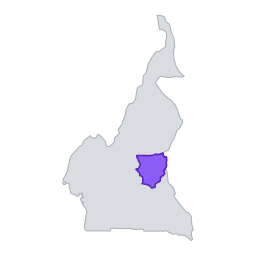 Lom-Et-Djerem, Est, Cameroon shown in context
{"feature_id": "32672807B76674513300734", "entity_name": "Lom-Et-Djerem", "entity_type": "district", "adm_level": 2, "iso_a3": "CMR", "parent_name": "Cameroon", "parent_adm1": "Est", "projection": "natural_earth1", "projection_center": [14.12, 5.232], "detail": "fine", "context": "in_parent", "style": "filled", "palette": "violet", "viewbox_px": 256, "rotation_deg": 0, "n_neighbors": 0, "source": "geoboundaries", "source_scale": "gbopen_adm2", "svg_char_len": 5505}
<svg xmlns="http://www.w3.org/2000/svg" viewBox="0 0 256 256"><path d="M63.2,179.9L63.7,178.3L67.4,171.1L69.7,159.6L70.7,156.9L71.8,155.1L77.2,149.0L79.2,147.0L82.1,144.8L84.1,140.3L84.8,139.8L85.7,139.4L90.3,135.6L90.7,136.3L91.0,137.2L91.4,137.7L92.9,138.0L94.9,137.9L96.1,137.7L96.7,136.9L97.4,134.8L97.7,134.4L98.2,134.3L100.4,135.8L104.1,139.9L105.0,140.7L105.4,141.5L106.2,145.3L106.7,146.2L107.5,146.6L108.9,146.4L110.4,145.7L111.7,144.7L113.0,143.5L113.9,142.3L114.3,141.5L114.5,138.4L114.8,137.7L119.6,133.2L119.5,132.8L118.7,131.5L118.0,130.1L118.7,128.7L119.4,127.6L122.2,123.9L122.4,121.1L124.6,116.9L125.9,111.3L125.9,110.2L128.8,104.0L131.9,103.4L133.1,102.6L134.4,101.0L135.3,99.6L135.7,98.2L136.0,95.6L136.5,92.6L136.9,90.0L137.8,87.6L139.3,86.4L142.0,85.3L142.4,84.9L142.8,83.3L143.1,77.9L143.6,75.5L146.0,72.9L147.1,68.7L148.1,64.3L150.9,59.0L154.2,53.7L155.7,52.3L156.9,51.6L158.4,51.6L159.4,51.2L162.9,48.5L164.4,47.6L165.5,46.7L165.7,45.9L165.9,44.8L165.5,42.1L166.1,40.1L166.5,37.0L166.6,34.5L166.5,33.7L165.8,32.3L164.8,30.8L163.0,29.9L160.6,29.6L159.3,29.1L158.9,26.3L158.7,24.6L157.1,15.4L160.1,15.4L163.8,16.5L164.7,17.3L165.2,20.5L166.5,22.3L168.9,23.7L170.3,26.8L170.9,31.4L172.2,34.1L172.5,34.6L174.3,39.8L174.4,42.1L174.3,43.8L175.0,45.8L173.9,49.2L173.6,51.3L173.5,54.2L174.1,59.4L175.2,63.4L176.4,66.7L177.7,69.2L179.8,72.0L182.0,74.5L184.1,76.1L182.2,77.0L178.4,77.1L176.3,76.6L175.2,76.6L174.2,76.9L170.2,77.4L166.1,77.2L162.4,76.5L160.1,76.6L158.4,78.2L156.9,80.5L155.6,82.3L156.1,84.4L157.1,85.5L159.0,88.0L160.7,90.4L161.6,92.0L165.1,95.5L168.4,98.7L170.0,99.8L170.6,100.0L172.4,101.8L175.0,104.8L177.3,109.4L180.5,118.7L181.2,119.5L182.4,120.0L182.5,120.9L182.4,122.4L182.1,123.6L179.5,128.4L177.2,130.3L176.5,131.4L175.7,134.3L173.6,139.8L172.7,140.5L170.7,144.3L169.0,149.0L168.6,149.7L167.9,150.3L165.5,151.5L164.7,152.1L163.5,153.6L163.3,154.5L163.9,155.8L164.6,156.9L165.8,156.9L166.5,157.9L166.5,165.2L165.9,166.3L165.9,166.8L165.7,168.1L165.6,169.5L165.8,170.0L166.2,170.5L166.9,171.5L167.3,173.7L168.1,181.6L168.4,182.9L169.1,183.7L171.2,185.4L173.4,187.7L174.1,189.1L174.5,191.5L175.4,193.4L175.3,194.0L175.0,194.3L173.6,194.4L174.1,195.8L175.2,198.2L180.8,205.5L186.3,212.0L187.5,212.5L188.5,212.6L188.9,213.0L189.4,213.9L191.2,216.3L191.5,217.7L191.1,219.0L191.5,221.0L191.8,221.8L191.7,222.4L191.9,224.9L192.4,227.1L193.2,228.9L193.1,230.2L192.1,230.9L191.5,232.1L191.3,233.8L191.6,235.9L192.4,238.3L192.4,239.7L191.1,240.6L189.7,239.0L188.1,237.9L185.7,235.9L183.3,235.2L180.2,235.1L178.8,235.3L176.5,233.8L175.8,233.5L174.7,234.2L174.0,234.2L173.1,234.0L171.4,234.0L171.2,232.9L170.9,232.7L169.0,232.8L168.4,231.8L168.1,231.9L167.4,231.6L165.9,230.3L164.2,231.2L160.9,231.1L143.9,231.1L143.5,229.8L142.7,229.2L141.1,229.1L136.7,229.4L133.2,229.2L130.9,228.7L128.0,228.4L124.5,228.6L120.8,228.6L114.3,228.3L110.7,228.3L110.8,229.1L110.6,229.6L110.4,230.9L87.4,230.9L85.5,230.0L85.0,229.5L84.8,228.4L84.3,228.2L84.7,223.6L85.5,219.7L85.8,216.2L86.9,212.9L86.3,209.8L85.6,208.4L82.2,203.9L83.8,202.2L81.7,202.4L81.2,200.8L80.2,198.8L80.8,198.4L81.4,197.3L83.3,197.7L83.3,197.1L81.6,195.4L81.8,194.6L82.5,193.6L82.1,193.2L81.0,194.2L80.1,194.2L79.4,193.6L79.0,193.5L79.3,194.7L78.6,195.9L78.0,196.3L76.9,196.2L76.0,195.9L75.8,195.3L75.0,194.8L72.7,194.0L70.7,193.0L70.3,190.2L69.6,189.0L69.3,187.7L69.1,186.2L69.3,183.8L68.9,183.5L68.3,183.3L67.5,183.4L66.7,183.3L65.8,182.0L65.0,181.5L65.4,183.9L64.9,184.6L63.5,184.4L62.9,183.5L62.8,182.8L63.4,179.9L63.2,179.9Z" fill="#d9dde1" stroke="#a8b0b8" stroke-width="1"/><path d="M136.9,155.5L136.8,156.3L136.8,157.1L137.1,157.8L137.4,158.0L138.1,159.4L138.4,160.8L139.0,161.2L139.2,162.2L139.9,163.4L140.2,164.0L140.2,164.7L139.4,166.9L138.8,167.8L138.4,168.7L137.6,168.9L136.8,168.8L136.0,169.3L136.1,169.6L136.9,170.3L138.0,171.5L138.7,172.2L139.5,173.2L139.9,173.9L139.8,174.6L139.7,175.5L140.9,176.0L142.0,176.2L143.0,178.7L142.8,179.8L142.6,183.0L142.2,183.6L143.9,184.0L146.3,184.4L147.6,184.8L147.9,184.9L148.2,185.2L148.8,185.3L149.3,185.8L150.2,186.3L150.9,187.2L151.7,188.0L152.5,187.8L153.6,187.6L154.3,187.5L154.9,187.3L155.3,186.8L154.9,185.1L155.6,183.8L157.3,182.5L159.3,181.8L160.0,181.0L160.3,180.4L160.3,178.5L160.3,177.6L160.4,177.4L160.7,177.1L161.4,177.2L161.6,176.2L162.0,175.9L163.0,175.8L163.3,175.6L163.9,174.6L164.2,174.0L164.7,173.7L164.6,173.0L164.3,172.3L164.4,171.6L163.9,171.0L163.9,170.2L164.2,170.0L164.6,169.8L164.9,169.5L165.0,169.5L165.1,169.4L165.2,169.2L165.4,169.1L165.3,168.9L165.4,168.6L165.5,168.4L165.7,167.9L165.8,167.7L165.8,167.4L166.0,167.2L166.3,167.0L166.2,166.5L166.2,166.4L166.3,166.1L166.3,165.9L166.3,165.7L166.5,165.6L166.5,165.4L166.7,165.0L166.7,164.9L166.5,164.7L166.4,164.4L166.4,164.1L166.3,163.9L166.2,163.6L166.1,163.4L166.1,163.2L166.2,162.8L166.2,162.7L166.3,162.5L166.4,162.3L166.4,162.1L166.5,161.6L166.7,161.2L166.7,160.6L166.7,160.1L166.7,158.9L166.5,158.3L166.6,158.0L166.6,157.6L166.6,157.3L166.4,156.9L166.2,156.8L165.8,157.1L165.7,157.2L165.6,157.3L165.4,157.1L165.0,157.3L164.8,157.3L164.7,157.2L164.4,157.0L164.3,156.8L164.3,156.6L164.2,156.5L164.2,156.4L164.0,155.9L163.9,155.7L163.6,155.5L163.4,155.2L163.3,154.9L163.2,154.6L163.1,154.4L163.2,154.1L163.3,153.9L163.2,153.7L162.9,153.5L162.6,152.9L162.3,153.0L161.7,153.8L160.9,153.7L160.3,154.2L159.3,154.2L156.7,154.7L156.0,154.0L155.7,154.0L154.7,154.5L153.2,155.3L150.3,155.5L146.5,155.6L145.0,155.5L138.3,155.5L136.9,155.5Z" fill="#8b5cf6" stroke="#5b21b6" stroke-width="1.5"/></svg>